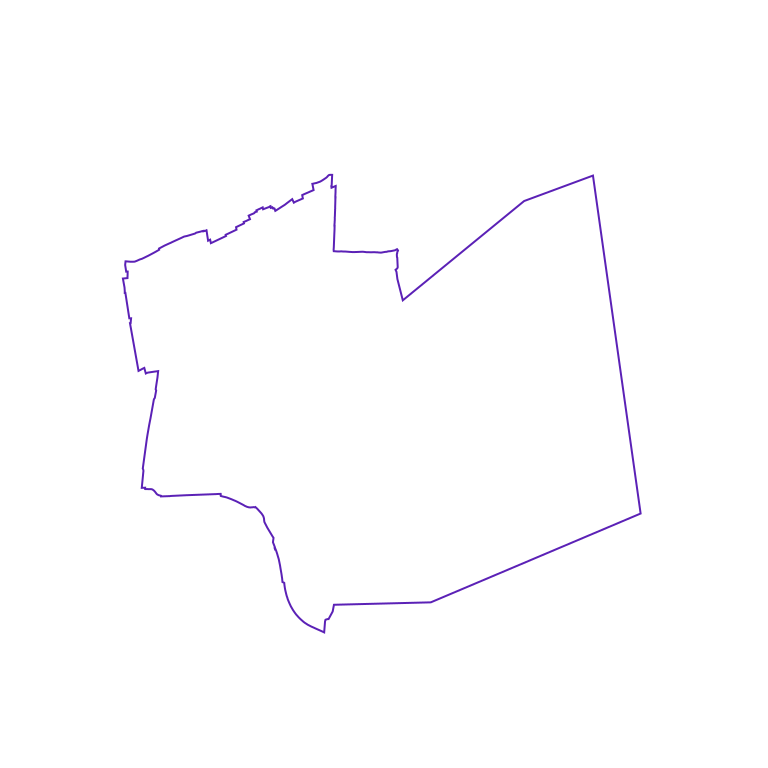 outline of Hoorn, Noord-Holland, Netherlands, rotated 285°
{"feature_id": "6326949B50247401451622", "entity_name": "Hoorn", "entity_type": "district", "adm_level": 2, "iso_a3": "NLD", "parent_name": "Netherlands", "parent_adm1": "Noord-Holland", "projection": "robinson", "projection_center": [5.073, 52.632], "detail": "fine", "context": "isolated", "style": "outline", "palette": "violet", "viewbox_px": 768, "rotation_deg": 285, "n_neighbors": 0, "source": "geoboundaries", "source_scale": "gbopen_adm2", "svg_char_len": 5938}
<svg xmlns="http://www.w3.org/2000/svg" viewBox="0 0 768 768"><g transform="rotate(285 384 384)"><path d="M384.8,640.1L639.4,531.9L597.0,472.0L469.7,380.5L488.8,369.8L495.6,367.0L497.3,365.6L498.8,366.7L499.3,366.9L499.5,366.9L499.8,367.0L500.0,367.0L500.4,367.0L509.5,364.1L509.9,363.7L511.7,363.1L512.4,362.9L513.1,362.8L513.7,362.9L514.1,362.8L514.8,362.7L515.8,362.8L516.2,363.0L516.6,363.0L517.1,362.3L517.6,361.7L517.0,361.0L516.6,360.7L516.3,360.4L515.9,359.8L515.6,359.2L514.3,356.6L514.2,356.3L513.8,355.5L513.7,355.0L513.3,354.1L513.3,353.8L513.2,353.6L512.4,352.4L511.9,350.9L511.7,350.5L510.9,348.8L510.7,348.4L510.5,348.0L510.3,347.5L510.1,347.1L510.0,346.6L509.9,346.1L509.5,344.0L509.5,343.5L509.3,342.9L508.9,341.0L508.7,340.1L507.7,336.8L507.4,335.3L506.8,333.1L506.4,330.1L506.1,328.7L504.3,323.0L503.8,321.3L503.2,319.0L502.7,316.5L502.0,312.7L501.7,311.5L501.2,309.3L501.1,308.5L500.5,306.7L500.0,304.8L499.7,303.3L499.3,301.1L500.6,300.6L503.2,300.1L516.0,297.2L520.1,296.3L523.4,295.5L523.3,295.4L524.1,295.1L524.7,295.0L525.1,294.9L525.6,294.8L526.9,294.6L528.1,294.3L528.8,294.2L531.3,293.6L531.8,293.4L533.5,293.1L534.3,292.9L538.2,292.0L539.2,291.8L539.7,291.6L540.6,291.5L541.6,291.2L542.8,290.9L546.2,290.1L548.7,289.5L549.5,289.3L550.5,289.1L551.0,289.0L550.9,288.9L552.0,288.6L552.7,288.4L555.1,287.9L555.5,287.8L555.9,287.7L556.5,287.6L559.2,286.9L560.6,286.6L562.0,286.3L562.5,286.2L562.8,286.1L560.0,282.5L561.4,281.9L561.6,282.2L572.6,279.8L572.3,278.5L571.9,277.3L571.6,276.8L571.1,276.4L570.3,275.9L569.2,275.4L568.3,274.8L566.2,273.0L565.4,272.3L564.2,271.2L563.8,270.8L563.0,270.0L562.3,269.0L561.4,267.7L560.7,266.7L559.9,265.1L559.2,263.8L559.0,263.5L558.8,263.0L553.1,265.8L548.4,259.9L546.5,257.5L545.3,256.1L542.2,257.6L540.2,255.1L538.2,252.6L536.9,251.0L536.6,250.7L536.1,250.3L535.8,250.0L538.8,247.5L533.8,243.6L532.6,242.7L531.3,241.7L531.2,241.6L530.1,240.6L529.7,240.2L526.7,237.5L523.6,234.7L523.1,234.2L524.9,233.0L525.1,232.9L525.1,232.7L524.9,232.4L524.9,232.2L525.1,232.1L525.3,231.9L525.0,231.5L524.8,231.3L524.8,231.2L525.7,230.5L525.3,229.9L525.5,229.8L524.9,229.0L526.4,228.3L526.1,227.9L525.8,228.0L522.8,223.8L521.5,222.0L523.2,221.1L522.0,219.7L521.2,218.8L520.6,218.0L519.3,216.5L518.7,215.8L517.6,216.5L517.0,215.6L516.6,215.0L516.4,214.7L516.2,214.6L515.7,214.6L515.1,214.1L513.6,212.1L511.6,209.7L508.5,211.9L507.6,210.8L507.4,210.5L506.5,209.5L505.5,208.3L505.2,207.9L504.2,206.5L502.9,207.2L500.1,203.9L497.2,200.5L494.9,201.6L492.0,198.2L488.6,194.2L487.2,192.5L487.1,192.4L486.5,192.7L486.2,192.8L486.0,193.0L480.8,186.9L475.6,180.8L475.5,180.5L475.3,180.3L478.4,178.7L477.3,177.4L476.9,177.0L481.4,175.0L485.8,173.1L486.3,172.9L486.1,172.6L486.3,172.5L486.2,172.4L485.4,171.2L484.8,170.1L485.2,170.0L484.6,168.8L484.2,168.1L483.9,167.7L483.3,166.6L481.9,164.1L481.6,163.5L481.5,163.4L480.5,162.6L480.3,162.3L480.1,162.0L477.3,157.5L476.5,156.2L475.9,155.2L475.7,154.8L475.3,154.0L474.7,152.8L472.4,150.1L470.1,147.3L469.1,146.1L468.9,145.8L468.2,145.0L467.2,143.8L465.6,141.9L465.0,141.3L464.7,140.8L461.8,137.3L461.4,136.8L460.8,136.1L456.6,131.6L455.5,132.1L452.7,129.3L450.6,127.1L446.7,122.9L445.6,121.6L444.0,119.8L442.9,118.5L442.3,117.8L441.8,117.0L441.1,115.9L439.2,113.6L438.0,112.0L437.6,111.4L437.3,110.4L437.0,109.5L436.8,108.7L436.5,107.6L435.7,103.0L435.6,102.6L432.4,103.1L431.9,103.2L425.8,105.9L426.0,106.4L426.2,106.8L426.3,107.3L424.6,107.7L423.0,108.1L419.9,108.8L418.3,104.5L410.0,108.4L406.8,109.5L404.9,110.0L405.1,110.6L381.5,121.0L382.0,122.7L377.2,123.5L377.0,122.9L333.1,143.5L334.2,144.7L336.3,146.9L336.4,147.0L337.5,148.3L332.5,151.2L333.4,152.2L333.7,152.7L333.9,153.0L336.7,159.4L337.5,161.4L338.0,162.5L331.7,163.5L326.1,164.1L319.9,164.8L319.6,164.9L319.0,165.5L318.8,165.6L311.5,166.2L311.2,166.2L310.9,166.1L310.6,166.0L310.0,165.8L309.6,165.7L290.8,167.3L283.5,167.8L273.6,168.7L269.7,169.1L239.8,172.9L239.4,173.3L238.8,173.7L238.1,174.0L237.5,174.2L237.3,174.2L221.0,176.9L222.0,180.1L220.8,180.3L220.7,180.4L220.7,180.5L222.1,186.0L222.2,186.5L222.2,187.5L222.1,187.9L221.9,188.4L221.7,188.9L221.5,189.4L221.2,189.9L220.9,190.3L220.6,190.8L220.2,191.3L219.8,191.8L219.4,192.3L219.1,192.7L218.8,193.2L218.6,193.7L218.5,194.2L218.3,195.0L218.3,197.5L217.7,197.7L220.3,206.2L220.7,207.1L225.3,221.5L234.1,250.0L234.8,252.1L235.6,254.7L235.4,254.8L233.9,255.1L233.7,255.2L233.6,255.3L233.6,256.0L233.6,257.0L233.6,257.9L233.7,259.8L233.7,260.7L233.7,261.7L233.6,262.6L233.4,264.7L233.2,266.6L232.8,269.3L232.7,270.2L232.4,272.0L232.0,273.9L231.8,274.8L231.6,275.7L231.4,276.6L230.8,279.3L230.5,280.4L230.3,280.9L230.2,281.6L230.0,282.8L229.9,283.6L229.9,284.3L229.9,285.4L230.1,286.5L230.1,286.8L230.3,287.2L230.4,287.5L231.0,289.2L231.3,289.9L231.4,290.2L231.4,290.5L231.4,291.1L231.5,291.2L231.9,291.6L231.8,291.8L231.6,292.0L231.4,292.5L231.2,292.9L230.8,293.7L227.3,299.1L226.8,299.7L226.3,300.3L225.2,301.5L224.2,302.2L223.0,302.9L220.8,303.7L219.6,304.3L215.2,308.3L214.6,308.9L214.4,309.1L209.2,314.5L208.4,315.3L206.8,317.1L202.4,317.7L198.0,320.9L197.4,320.7L196.2,321.5L196.6,321.8L196.4,322.0L195.8,322.4L195.3,322.8L193.5,324.0L192.1,324.9L190.1,326.1L188.5,327.1L187.5,327.7L181.9,330.5L179.0,331.8L174.7,333.8L172.9,334.6L171.0,335.4L169.9,335.9L166.4,337.2L166.2,338.9L166.1,339.1L164.2,339.8L161.4,341.0L159.5,341.9L156.9,343.3L154.9,344.4L153.9,345.0L152.6,345.9L151.4,346.6L150.3,347.4L149.0,348.4L147.6,349.5L146.3,350.6L145.2,351.5L143.7,353.0L142.1,354.6L140.2,356.8L138.6,358.8L137.7,360.2L136.7,361.7L135.7,363.4L134.9,364.9L134.3,366.1L133.4,367.9L132.8,369.4L132.3,371.0L132.0,371.9L131.8,372.4L131.5,373.8L131.2,375.2L130.9,376.5L130.4,379.7L130.2,380.7L129.1,387.7L128.6,390.5L139.4,388.5L141.1,388.5L141.3,388.7L142.4,390.5L142.5,390.7L142.6,391.1L142.6,391.3L149.7,393.0L150.1,393.1L151.0,393.3L157.8,392.8L185.2,485.7L325.3,665.4L384.8,640.1Z" fill="none" stroke="#5b21b6" stroke-width="2"/></g></svg>